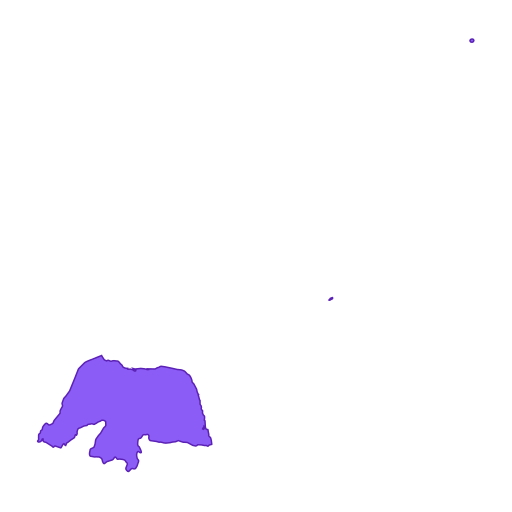 the border of Rio Grande do Norte, rotated 359°
{"feature_id": "BRA-628", "entity_name": "Rio Grande do Norte", "entity_type": "State", "adm_level": 1, "iso_a3": "BRA", "parent_name": "Brazil", "parent_adm1": "", "projection": "robinson", "projection_center": [-36.505, -3.043], "detail": "fine", "context": "isolated", "style": "filled", "palette": "violet", "viewbox_px": 512, "rotation_deg": 359, "n_neighbors": 0, "source": "natural_earth", "source_scale": "10m", "svg_char_len": 5867}
<svg xmlns="http://www.w3.org/2000/svg" viewBox="0 0 512 512"><g transform="rotate(359 256 256)"><path d="M99.9,352.8L100.2,353.5L102.5,357.2L104.8,358.3L105.7,357.8L106.6,357.7L107.3,358.0L108.9,358.7L109.5,358.7L110.7,358.3L112.1,358.2L116.1,358.7L116.9,359.3L118.5,361.3L118.7,361.7L119.2,361.9L119.8,362.5L120.3,363.1L120.5,363.7L121.2,364.8L122.9,365.7L124.7,366.1L125.8,366.1L125.8,366.9L126.4,367.0L128.4,366.9L130.0,367.3L130.8,367.6L132.2,368.7L133.0,369.0L133.7,368.7L133.9,367.8L133.5,367.5L131.8,367.0L131.3,366.4L133.0,366.9L138.9,366.4L142.8,366.9L144.7,367.5L145.6,367.7L146.8,367.6L146.8,367.2L145.1,367.2L145.1,366.9L152.8,367.2L153.6,367.0L155.3,366.0L157.0,365.6L158.3,364.8L159.2,364.6L163.0,365.2L170.1,366.8L175.3,368.1L179.0,368.5L180.6,369.0L182.4,369.8L183.3,370.6L185.1,372.7L185.9,373.2L186.7,373.5L187.5,374.3L188.2,375.3L189.1,377.2L189.5,378.4L189.8,379.6L189.9,380.8L190.2,381.3L191.6,382.8L194.3,388.2L194.7,390.5L195.1,391.6L195.6,392.8L196.2,393.6L195.8,394.0L196.0,394.5L196.9,398.3L197.0,398.8L197.5,399.4L197.5,403.2L197.9,404.0L198.3,404.5L198.6,405.2L198.8,406.4L198.6,407.2L198.6,407.8L198.8,408.5L199.6,409.5L199.8,409.6L199.9,410.1L199.8,412.0L199.9,412.6L200.3,413.3L200.4,413.8L200.6,414.1L201.5,415.0L201.7,415.5L201.8,416.0L201.7,417.7L201.5,418.9L201.5,419.4L201.9,419.6L202.1,419.9L202.4,426.3L201.0,425.2L200.8,426.2L199.7,427.5L199.6,428.0L200.4,428.4L201.1,427.9L201.7,427.1L202.2,426.7L202.6,426.9L203.1,428.2L203.5,428.5L204.5,428.6L204.8,428.7L205.0,429.1L205.1,430.3L205.5,432.4L205.7,433.5L205.6,434.3L205.6,434.8L206.0,435.5L206.3,435.9L207.0,436.4L207.3,436.7L207.6,437.5L208.1,439.7L208.5,443.5L208.4,443.6L206.2,444.1L205.7,444.4L204.9,445.2L204.5,445.3L203.9,445.1L203.0,444.6L201.3,444.6L198.0,443.9L194.5,443.7L193.4,444.6L192.7,444.8L192.2,444.9L189.4,444.2L185.7,442.1L184.5,441.4L183.1,441.1L179.9,440.9L177.2,440.0L176.0,439.5L175.4,439.3L174.8,439.3L174.1,439.6L172.9,440.1L172.3,440.3L169.1,440.6L167.0,441.1L162.6,441.5L160.8,441.3L157.9,440.5L156.8,440.4L156.2,440.5L155.5,440.4L153.2,439.7L147.0,438.7L146.2,437.9L145.9,437.2L145.6,436.1L145.7,435.3L145.8,434.6L145.8,434.0L145.6,433.4L145.1,432.8L144.1,432.4L142.9,432.8L142.3,432.8L141.8,432.8L141.3,432.7L140.7,432.7L140.2,432.8L139.7,433.2L138.3,435.3L137.5,436.1L136.0,436.5L135.5,436.7L135.1,437.2L134.8,438.2L134.5,440.3L134.4,442.3L134.6,443.3L134.9,443.9L136.0,444.9L136.2,445.4L137.5,448.3L137.9,450.0L137.8,450.5L137.4,450.7L137.0,450.7L136.5,450.5L135.7,449.9L135.3,449.6L134.9,449.4L134.5,449.5L134.1,449.7L133.8,450.2L133.5,450.8L133.3,451.9L133.2,452.5L133.2,453.7L133.4,454.9L133.6,456.0L133.8,456.5L134.1,457.0L134.4,457.4L134.7,457.8L134.9,458.2L135.1,458.7L135.0,459.4L134.8,460.1L134.3,461.3L133.6,463.4L133.4,463.9L132.3,465.7L132.0,466.1L131.6,466.5L130.8,466.7L130.2,466.7L128.6,466.3L127.9,466.5L127.5,466.7L125.1,469.1L124.6,469.2L123.9,469.0L123.0,468.1L122.5,467.4L122.2,466.7L122.2,466.1L122.3,465.5L123.7,462.1L123.7,461.5L123.6,460.9L123.1,460.3L122.5,459.7L121.7,458.4L121.3,457.9L120.6,457.5L118.8,457.0L115.6,456.6L115.1,456.7L114.5,456.8L114.0,456.8L113.4,456.4L112.7,455.3L112.3,454.9L111.8,454.6L111.4,454.7L111.2,454.8L110.8,455.2L110.1,456.2L109.7,456.7L109.2,457.1L108.7,457.4L108.1,457.6L104.0,458.8L103.4,459.0L102.9,459.3L101.3,460.6L100.8,460.9L100.2,460.8L99.7,460.3L99.0,458.8L98.6,457.0L98.4,456.4L98.0,455.8L97.1,455.0L96.4,454.6L95.8,454.3L95.2,454.2L94.7,454.1L93.6,454.1L93.1,454.0L92.5,454.0L91.5,454.1L91.0,454.1L88.2,453.5L87.4,453.4L87.1,453.3L86.7,453.1L86.4,452.6L86.2,452.0L86.1,451.4L86.1,450.1L86.7,447.3L86.8,446.7L87.1,446.3L87.5,445.9L88.1,445.6L89.2,445.2L90.7,444.3L91.8,441.2L92.4,437.4L92.6,436.9L93.0,436.0L95.4,432.7L97.5,430.5L100.5,425.5L101.2,424.7L102.3,423.8L102.9,422.6L102.8,419.1L102.6,418.7L102.3,418.5L101.9,418.2L101.4,417.9L100.9,417.7L99.4,417.5L98.8,417.6L97.3,418.5L95.3,419.2L93.3,420.5L92.2,420.9L91.8,421.4L91.0,421.5L90.5,421.4L89.5,421.0L89.1,420.9L88.6,420.9L87.3,421.2L85.8,421.3L85.3,421.4L84.8,421.6L84.4,422.1L84.0,422.5L83.4,422.6L81.8,422.8L80.7,423.1L77.6,424.6L75.9,425.1L75.5,425.4L75.0,425.8L74.7,426.4L74.5,427.0L74.3,427.8L74.0,428.6L74.1,430.2L74.0,430.7L73.6,431.7L73.4,432.0L73.0,431.9L72.8,431.6L72.4,431.6L72.1,431.9L71.8,432.7L71.7,433.4L71.4,434.1L70.9,434.7L67.7,436.7L64.4,439.2L63.8,439.5L63.6,439.6L63.4,439.7L63.1,440.2L63.0,440.8L62.4,442.1L61.4,441.5L61.2,441.2L61.1,440.7L60.9,440.4L60.5,440.3L60.0,440.7L59.6,441.1L58.0,443.9L57.7,444.3L57.3,444.4L52.0,442.5L51.5,442.5L51.1,442.7L50.6,443.3L50.0,443.6L49.8,443.6L49.5,443.3L48.5,442.4L42.7,438.6L41.7,438.4L41.0,438.2L40.4,437.8L39.9,437.1L39.9,436.4L40.0,435.4L39.8,435.1L39.4,435.2L39.0,435.4L38.4,436.9L37.3,437.8L36.4,438.1L35.8,438.2L35.3,438.2L34.9,438.0L34.5,437.7L34.4,437.3L34.6,436.9L34.9,436.6L35.2,436.2L35.4,435.7L35.5,435.0L35.4,434.2L35.5,432.8L35.5,431.7L35.6,431.0L35.8,430.4L36.1,430.1L36.9,429.5L37.2,429.1L37.4,428.6L37.5,427.5L37.8,426.9L39.0,426.1L39.2,425.7L39.4,425.0L39.5,424.2L39.9,423.1L40.5,422.2L41.7,420.7L42.5,420.0L43.2,419.6L43.6,419.6L44.1,419.8L44.5,420.0L45.5,421.0L45.9,421.3L46.6,421.3L47.4,421.1L49.2,420.3L50.0,419.7L50.4,419.0L50.6,418.5L50.9,417.7L51.4,416.8L56.8,410.5L57.4,409.7L57.4,409.1L57.4,407.8L57.5,407.3L57.7,406.8L58.7,404.9L59.7,403.3L60.0,402.4L59.6,400.6L59.5,400.3L59.7,399.3L61.2,395.3L62.1,394.1L62.7,393.6L63.6,392.6L67.2,387.8L67.5,387.2L72.9,374.6L76.4,366.1L76.8,365.5L82.8,359.7L83.4,359.3L85.4,358.3L99.9,352.8ZM474.6,43.1L475.9,42.8L477.1,43.2L477.6,44.1L477.4,44.9L477.0,45.5L476.4,45.9L475.5,46.0L474.5,45.8L474.0,45.3L473.7,44.5L473.9,43.8L474.6,43.1ZM331.1,299.1L331.6,298.9L331.9,299.2L331.8,299.9L331.2,300.4L330.5,300.6L329.2,301.4L328.6,301.5L328.2,301.3L328.5,300.9L329.0,300.5L329.2,300.2L329.5,299.7L329.9,299.5L330.5,299.3L331.1,299.1Z" fill="#8b5cf6" stroke="#5b21b6" stroke-width="1.5"/></g></svg>